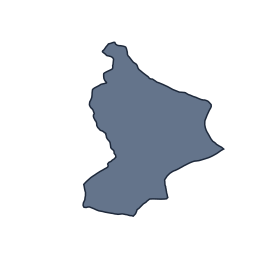 the district of Mayo, Pattani, Thailand, rotated 145°
{"feature_id": "78962969B89271538016717", "entity_name": "Mayo", "entity_type": "district", "adm_level": 2, "iso_a3": "THA", "parent_name": "Thailand", "parent_adm1": "Pattani", "projection": "orthographic", "projection_center": [101.405, 6.689], "detail": "fine", "context": "isolated", "style": "filled", "palette": "slate", "viewbox_px": 256, "rotation_deg": 145, "n_neighbors": 0, "source": "geoboundaries", "source_scale": "gbopen_adm2", "svg_char_len": 4353}
<svg xmlns="http://www.w3.org/2000/svg" viewBox="0 0 256 256"><g transform="rotate(145 128 128)"><path d="M174.3,52.8L171.2,53.4L170.4,53.8L168.4,55.1L167.6,55.8L166.6,55.9L165.2,55.9L163.6,56.2L160.9,56.7L158.7,57.1L158.0,57.0L155.9,56.9L154.5,57.2L152.9,57.3L152.0,57.4L150.9,57.3L148.2,55.6L141.9,50.9L139.0,49.0L137.0,47.9L136.9,48.0L136.7,48.1L136.2,48.1L135.9,48.1L135.7,48.1L135.4,48.2L135.1,48.4L135.1,48.6L135.1,48.8L135.1,49.0L134.8,49.6L134.4,50.4L134.0,51.5L133.8,52.1L133.7,52.5L133.0,53.8L132.5,55.0L131.9,56.1L131.8,56.4L131.6,56.8L131.5,57.3L131.3,57.5L131.1,57.9L131.1,58.0L130.9,58.2L130.8,58.4L130.8,58.5L130.7,58.6L130.5,59.8L130.3,60.2L129.7,61.2L129.3,61.9L128.8,62.6L128.6,63.0L128.2,63.8L127.9,64.3L127.6,64.6L125.3,65.5L123.6,66.2L121.5,66.6L119.6,66.9L116.5,66.8L115.0,66.6L113.7,66.2L111.4,65.8L109.3,65.5L107.8,65.4L106.4,65.2L103.8,65.0L102.0,64.7L100.4,64.5L97.8,64.1L95.4,63.6L93.6,63.1L92.0,62.5L91.5,62.1L90.5,61.6L88.6,60.6L86.3,59.8L83.2,58.8L82.3,58.5L81.3,58.2L79.4,57.6L77.7,57.2L75.4,56.8L73.9,56.6L71.9,56.4L69.8,56.2L67.9,56.2L64.7,56.2L61.7,55.9L62.4,58.6L63.6,60.9L64.4,62.8L64.9,63.8L65.0,65.1L65.5,66.8L66.2,68.5L66.3,71.6L66.1,73.5L65.8,76.4L65.5,80.0L65.1,81.9L64.5,83.9L63.3,86.6L62.0,88.4L60.9,89.8L60.5,90.1L58.2,91.6L56.0,93.1L51.2,95.9L50.3,96.3L49.5,96.7L48.6,97.1L47.4,98.0L46.9,98.8L46.5,99.5L46.6,100.5L46.8,102.2L47.0,103.4L47.2,104.1L47.8,105.2L48.7,106.4L49.2,107.0L50.3,107.8L51.8,109.4L53.3,111.7L54.1,113.0L54.8,114.2L56.5,116.4L58.2,119.2L59.3,120.6L60.3,122.8L60.7,123.8L61.2,124.5L63.8,126.7L64.1,126.9L65.4,128.0L66.9,130.3L69.2,133.8L71.9,139.3L73.2,141.5L74.4,143.6L76.7,147.2L78.1,149.1L78.6,150.7L79.7,153.5L79.9,154.0L81.1,155.0L81.7,155.8L82.0,156.6L82.1,158.4L83.4,162.3L84.2,164.9L84.9,167.6L85.4,169.2L85.5,170.5L85.5,171.1L84.7,173.9L84.6,175.4L85.3,177.3L85.9,178.7L86.1,180.9L86.2,183.7L86.3,185.6L86.5,186.5L86.5,187.4L86.3,188.5L85.1,190.5L84.2,192.8L83.7,194.2L83.5,195.5L83.9,196.4L85.0,197.8L86.8,199.6L88.2,200.7L89.3,201.9L90.0,203.7L89.8,205.3L89.7,205.6L90.2,206.2L91.5,206.7L93.7,207.3L95.8,208.1L97.3,207.6L99.4,207.1L101.2,206.4L102.6,205.9L103.6,205.7L104.5,205.7L105.0,205.4L105.2,204.9L105.0,204.2L104.4,202.2L104.1,201.3L104.0,200.1L103.8,199.5L103.1,198.7L102.9,198.5L102.5,198.1L100.8,196.0L100.4,194.9L100.2,193.9L100.3,192.7L101.0,191.9L101.8,191.0L103.1,189.5L103.6,188.8L104.3,188.3L104.9,187.8L105.4,186.8L106.0,186.1L106.5,185.6L107.2,185.4L108.3,185.5L109.0,185.6L112.9,186.3L113.0,186.3L113.7,186.4L115.6,186.6L116.6,186.5L117.2,185.9L118.4,184.1L119.3,182.4L119.6,181.0L119.7,180.0L119.7,179.2L119.5,178.0L119.6,177.4L119.8,177.3L120.2,177.4L122.4,178.2L124.6,179.1L125.3,179.3L127.0,179.3L129.4,179.6L131.5,179.9L132.7,180.0L133.8,180.0L134.6,179.9L135.0,179.8L135.7,179.1L137.3,177.3L138.0,176.3L138.5,175.7L139.7,174.3L140.7,173.4L142.3,172.4L143.4,171.8L144.0,171.5L144.4,171.3L145.5,170.1L146.2,169.3L146.5,168.6L146.7,167.3L146.8,165.9L146.4,164.0L146.4,162.7L146.8,161.3L147.2,159.6L147.4,159.1L148.1,158.8L148.8,158.5L149.6,157.5L150.0,156.5L150.2,155.7L150.4,154.0L150.6,152.8L150.4,152.1L150.6,151.0L151.0,149.8L151.9,148.4L152.2,147.8L152.5,145.7L152.2,144.1L152.2,142.9L151.8,141.8L151.4,141.1L150.9,140.6L150.5,139.7L150.1,138.9L150.0,137.7L149.5,137.0L149.5,136.9L149.3,136.3L149.7,135.8L149.8,135.6L150.3,134.0L151.0,132.7L151.2,131.1L151.1,129.4L150.9,127.8L151.0,126.5L151.5,125.4L152.0,124.4L152.5,123.4L153.0,122.5L153.3,121.9L153.4,120.8L153.0,119.3L152.7,118.0L152.7,117.4L153.1,116.4L153.9,115.1L153.7,113.1L154.6,111.1L154.9,111.1L156.9,110.6L159.4,110.7L160.8,110.4L163.5,110.8L165.3,110.2L165.9,108.4L167.1,107.6L168.9,107.7L170.4,107.9L171.9,108.0L172.1,108.0L173.9,108.2L175.7,108.4L177.7,108.5L179.9,108.6L181.9,108.6L184.4,108.7L186.8,108.7L189.5,108.4L191.2,108.2L192.7,108.0L194.3,107.7L196.6,107.2L197.4,105.3L198.4,103.2L199.2,101.3L199.7,99.7L201.7,96.9L203.1,95.6L204.5,94.0L206.0,93.1L207.3,92.4L208.5,91.2L209.3,90.1L209.5,88.3L207.9,86.9L206.4,86.4L204.9,85.5L204.1,84.3L203.1,82.8L202.0,81.1L201.4,80.0L200.5,78.5L199.3,76.8L197.8,75.3L196.7,74.2L194.9,72.1L191.9,69.1L190.4,67.6L189.4,66.7L188.0,65.1L186.7,64.0L185.7,63.0L184.4,62.3L183.9,62.0L182.6,61.3L182.0,61.0L180.7,59.7L179.7,58.6L178.4,57.4L177.6,56.3L176.6,55.1L175.3,54.1L174.3,52.8Z" fill="#64748b" stroke="#1e293b" stroke-width="1.5"/></g></svg>